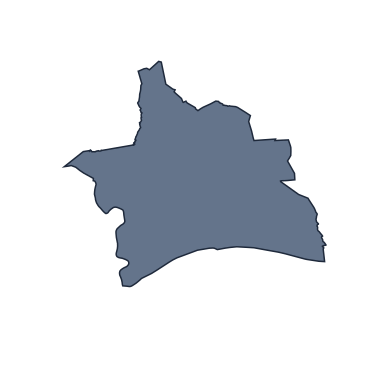 Kota Banjarmasin, Kalimantan Selatan, Indonesia (orthographic projection), rotated 237°
{"feature_id": "22746128B37126944555810", "entity_name": "Kota Banjarmasin", "entity_type": "district", "adm_level": 2, "iso_a3": "IDN", "parent_name": "Indonesia", "parent_adm1": "Kalimantan Selatan", "projection": "orthographic", "projection_center": [114.6, -3.325], "detail": "fine", "context": "isolated", "style": "filled", "palette": "slate", "viewbox_px": 384, "rotation_deg": 237, "n_neighbors": 0, "source": "geoboundaries", "source_scale": "gbopen_adm2", "svg_char_len": 5767}
<svg xmlns="http://www.w3.org/2000/svg" viewBox="0 0 384 384"><g transform="rotate(237 192 192)"><path d="M282.8,98.7L280.8,103.0L280.0,105.1L276.1,108.0L271.1,109.7L266.6,111.6L257.1,116.7L255.3,115.3L254.2,116.3L253.9,116.4L253.7,116.4L253.4,116.4L252.3,116.3L251.3,116.0L250.6,115.7L249.0,113.9L247.0,111.9L245.7,110.8L243.3,109.0L239.6,107.7L238.3,107.0L236.8,106.5L234.7,106.0L234.1,106.0L231.8,105.9L230.4,106.0L228.7,106.4L226.4,106.7L224.8,106.9L223.4,107.2L222.4,107.4L221.1,107.9L220.8,108.1L220.6,108.6L220.5,109.2L220.4,109.7L220.4,110.0L220.6,110.7L221.3,112.4L221.5,113.7L221.7,114.7L221.8,117.2L221.8,117.7L221.3,119.1L220.8,119.8L219.9,120.8L217.7,122.4L216.1,123.4L214.8,124.1L214.0,124.2L212.4,123.7L209.7,122.3L204.1,119.8L204.0,119.6L203.7,119.4L203.3,118.8L203.1,118.4L203.0,118.2L202.9,117.6L202.7,116.6L202.8,114.0L202.0,109.4L201.8,108.9L201.1,107.7L200.8,107.3L200.2,106.7L199.6,106.3L198.4,105.6L195.0,103.8L192.0,102.6L190.3,101.9L189.6,101.7L188.7,101.1L187.2,100.2L186.2,99.4L185.4,98.8L184.2,97.6L183.2,96.5L181.9,95.1L180.9,94.4L180.2,94.1L179.7,94.0L179.1,93.9L178.5,94.0L177.9,94.3L177.1,94.7L175.8,95.9L175.0,96.8L174.2,97.6L171.9,99.3L171.1,99.8L169.4,100.7L168.8,100.8L168.2,100.8L167.6,100.7L166.3,99.9L166.1,99.7L165.7,99.0L165.5,98.6L165.2,97.6L165.1,96.7L165.2,95.3L165.4,94.3L165.5,92.9L165.5,91.2L165.4,90.0L165.1,89.0L165.0,88.7L164.9,88.4L164.7,88.2L163.8,87.3L163.2,86.9L162.0,86.3L161.4,86.1L160.0,85.9L156.9,85.2L154.3,84.2L152.3,83.2L151.0,82.8L150.7,83.2L148.7,85.8L148.0,86.6L146.8,88.0L146.3,89.0L146.1,89.9L146.0,90.9L146.0,92.1L146.0,95.3L146.3,98.1L146.5,99.6L146.6,100.5L147.0,102.5L146.9,103.6L145.7,113.9L145.7,115.2L145.6,119.8L145.6,123.0L145.6,134.9L145.5,138.9L145.0,143.5L140.2,164.9L135.4,176.0L133.6,179.1L132.6,180.2L129.9,181.9L126.8,189.4L124.7,193.9L121.7,199.7L115.8,207.8L111.5,213.6L101.5,224.2L94.5,231.7L89.5,236.5L74.5,250.0L72.9,251.6L64.8,260.7L61.4,265.3L72.8,271.0L72.9,271.5L73.1,271.7L73.5,272.1L73.9,272.2L74.2,272.1L74.4,271.9L74.7,271.8L75.1,271.7L75.5,271.8L75.5,272.2L75.5,272.6L75.2,273.7L74.9,274.2L74.9,274.5L74.7,275.0L74.5,275.3L74.7,275.5L75.1,275.6L75.5,275.5L75.9,275.5L76.7,275.5L78.2,275.3L79.0,274.9L79.5,274.9L79.9,275.1L80.3,275.4L80.9,275.6L81.5,275.7L82.4,275.7L83.2,275.8L83.6,276.1L83.9,276.5L83.8,277.1L83.9,277.5L84.3,277.5L85.1,277.5L85.9,277.4L86.6,277.3L87.5,277.2L89.7,277.0L90.3,276.7L91.1,276.6L91.7,276.7L92.3,276.9L93.9,278.1L94.6,278.3L95.0,278.2L95.7,278.6L96.3,279.3L96.3,279.8L96.2,280.4L96.6,280.7L98.8,280.2L99.2,280.3L99.8,280.4L100.7,280.8L101.5,281.1L102.0,281.5L102.6,282.3L103.3,282.7L104.6,284.2L105.2,284.9L105.9,285.1L107.4,284.9L108.2,285.0L108.7,285.2L109.4,285.3L110.8,285.6L112.8,285.8L115.4,285.8L119.3,285.8L121.6,285.8L123.6,285.9L131.8,280.1L152.4,272.0L153.0,272.2L152.7,273.2L150.9,276.1L149.5,278.6L146.2,284.9L151.8,288.1L166.0,289.0L167.4,292.0L168.8,294.7L172.1,297.0L175.3,299.0L176.9,299.6L183.2,301.2L190.0,289.6L190.9,290.9L201.4,272.0L204.1,272.8L210.8,275.2L220.2,277.9L224.3,282.6L229.3,280.4L238.1,276.3L239.8,275.1L242.2,272.1L242.9,271.2L243.9,270.3L243.9,270.1L244.0,269.9L244.1,269.7L244.2,269.3L244.3,269.0L244.4,268.9L244.5,268.8L244.5,268.7L245.1,268.5L245.4,268.3L246.0,267.6L246.1,267.4L246.3,267.2L246.7,266.8L246.8,266.7L247.1,266.5L247.1,266.3L247.2,266.2L247.4,265.9L247.6,265.7L247.8,265.4L248.2,265.5L248.4,265.6L248.5,265.6L248.8,265.6L249.0,265.5L249.5,265.4L249.8,265.2L250.0,265.1L250.2,264.9L250.4,264.7L250.7,264.4L250.8,264.4L251.1,264.2L251.3,264.0L251.7,264.0L251.7,263.9L252.0,263.8L252.1,263.7L252.3,263.7L252.6,263.6L253.5,263.6L255.3,261.4L255.8,255.6L256.0,254.2L257.0,247.5L257.1,245.1L257.1,243.7L257.0,241.3L259.8,240.3L260.9,240.7L262.0,240.2L269.2,236.5L270.7,236.3L271.5,236.4L271.7,235.1L271.9,233.5L272.2,233.4L272.8,233.4L274.0,233.7L274.8,233.8L275.3,233.9L275.6,234.0L276.2,234.1L283.7,232.0L285.3,231.6L285.5,231.7L285.8,231.6L286.1,232.2L286.9,233.5L287.5,233.0L288.3,232.3L288.8,231.9L296.7,228.8L317.7,237.0L319.7,235.2L317.7,222.9L320.4,221.4L321.5,218.8L322.4,213.3L322.6,212.7L310.1,208.9L309.1,207.1L305.8,204.7L304.5,203.5L303.1,202.0L302.4,201.3L300.2,199.7L296.9,196.7L296.7,195.7L296.5,195.3L296.2,194.9L292.9,194.4L292.7,194.5L292.3,194.4L291.5,194.4L290.5,194.7L289.8,194.7L289.5,194.2L289.0,193.1L288.2,193.1L287.7,193.0L287.2,192.9L286.5,192.6L286.3,192.7L286.3,192.8L286.2,192.8L285.8,193.1L285.2,192.6L285.0,191.9L284.7,191.6L283.2,190.7L282.1,190.4L282.0,189.6L281.3,189.3L281.0,189.1L280.4,188.9L280.1,188.9L279.6,188.7L278.8,187.2L278.7,186.6L278.7,186.2L278.8,185.8L278.6,185.6L278.0,185.7L277.7,185.7L277.4,185.3L277.4,185.1L277.1,184.9L276.8,184.8L276.0,184.6L275.3,184.3L274.4,184.2L273.9,183.9L273.7,182.9L272.7,181.4L272.2,180.1L272.0,179.6L271.7,179.0L270.6,178.0L269.9,176.8L269.0,175.5L268.9,175.0L268.5,174.7L267.6,173.5L267.1,172.9L267.0,173.0L266.7,173.0L266.6,172.9L266.5,173.0L266.3,173.1L266.1,173.2L265.9,173.0L266.0,172.8L265.6,172.4L265.7,172.1L265.6,171.7L265.3,171.6L264.8,171.1L264.7,170.7L264.8,170.6L265.0,170.4L265.0,170.1L264.8,170.0L264.6,170.1L264.3,170.4L264.2,170.3L264.0,170.1L263.8,170.0L263.5,170.0L263.6,169.7L263.6,169.4L263.8,169.2L264.1,169.3L264.1,169.2L263.9,168.7L263.4,168.9L263.1,168.9L263.0,168.6L263.3,168.2L263.6,167.9L275.8,139.4L276.4,138.7L276.1,138.4L276.1,138.0L276.4,137.3L276.9,136.3L277.4,136.2L277.6,136.0L277.6,135.6L277.7,135.4L278.0,135.1L278.1,134.9L278.0,134.6L278.2,134.2L278.3,134.1L278.4,133.9L278.4,133.5L278.3,133.3L278.3,133.2L278.5,133.0L278.6,132.4L278.9,132.1L279.2,131.7L279.6,131.0L279.7,130.9L280.1,130.2L280.4,129.9L280.8,129.7L281.3,129.6L281.5,130.0L282.6,129.6L282.3,128.5L282.5,128.6L283.6,126.2L285.1,122.8L282.8,98.7Z" fill="#64748b" stroke="#1e293b" stroke-width="1.5"/></g></svg>